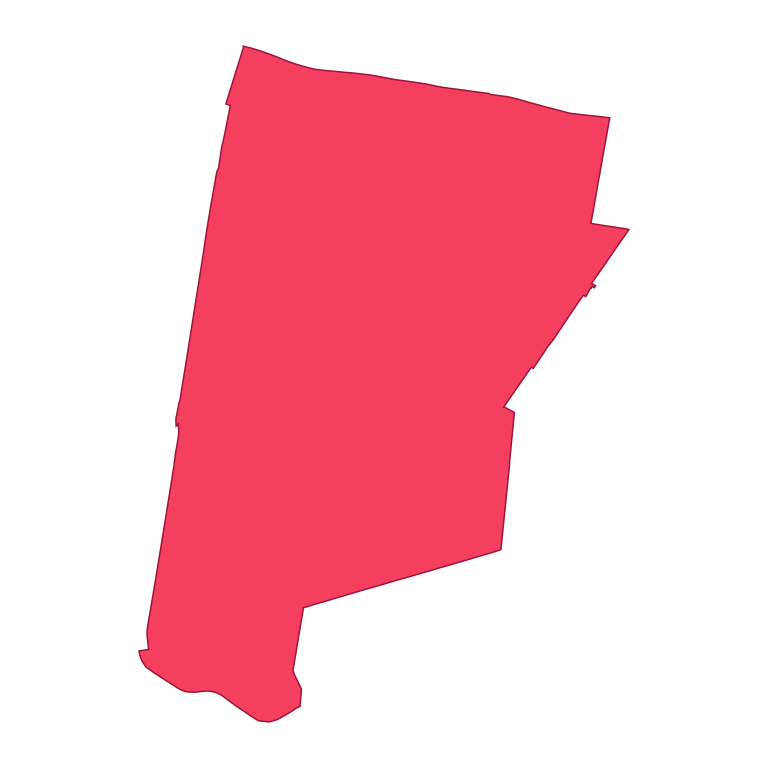 the district of Burwood, New South Wales, Australia
{"feature_id": "25037944B28335850506337", "entity_name": "Burwood", "entity_type": "district", "adm_level": 2, "iso_a3": "AUS", "parent_name": "Australia", "parent_adm1": "New South Wales", "projection": "robinson", "projection_center": [151.103, -33.885], "detail": "fine", "context": "isolated", "style": "filled", "palette": "rose", "viewbox_px": 768, "rotation_deg": 0, "n_neighbors": 0, "source": "geoboundaries", "source_scale": "gbopen_adm2", "svg_char_len": 3378}
<svg xmlns="http://www.w3.org/2000/svg" viewBox="0 0 768 768"><path d="M224.6,134.4L222.8,142.9L222.0,145.4L221.6,148.2L220.6,154.5L218.5,168.3L218.0,169.4L216.8,171.9L215.4,179.5L214.1,187.0L212.5,196.0L210.9,205.2L209.9,210.9L209.9,211.2L208.9,217.0L206.5,231.5L203.5,252.3L202.6,257.7L201.8,263.2L199.3,278.8L198.7,282.8L195.9,300.0L194.4,309.8L191.6,327.5L187.7,351.9L185.5,365.9L183.6,377.4L179.9,400.5L178.9,403.2L176.9,414.0L176.3,416.5L175.9,418.6L175.9,420.8L176.2,426.1L178.2,423.8L178.3,425.8L178.6,429.1L178.8,432.0L178.8,433.1L177.0,445.2L175.6,452.4L175.3,455.2L174.3,462.6L174.1,464.9L172.3,475.9L171.3,482.6L169.1,496.4L165.7,517.4L164.0,527.6L161.3,544.7L158.2,563.5L157.6,567.3L155.4,580.5L155.0,583.0L153.5,591.9L152.1,600.0L151.0,606.9L148.7,619.9L147.5,627.4L147.1,630.4L147.0,634.0L147.3,637.1L148.4,647.6L148.7,649.5L139.1,650.9L139.5,653.8L140.8,658.2L141.8,660.5L143.8,663.8L146.2,667.1L153.5,672.4L157.2,674.8L160.9,677.3L177.8,688.1L181.3,690.0L185.3,691.6L190.6,692.1L195.4,692.2L197.5,691.9L201.1,691.5L204.9,691.2L207.8,691.0L210.6,691.3L213.8,692.0L217.0,692.9L219.6,694.3L221.3,695.1L229.1,700.9L237.6,707.1L247.8,713.9L251.0,716.2L255.8,719.2L259.0,720.9L269.2,721.9L277.5,719.5L285.8,714.8L292.5,710.8L296.2,708.2L300.1,706.4L300.2,703.8L301.5,689.3L297.8,681.6L294.2,674.1L293.0,670.5L293.9,664.9L294.5,661.5L295.7,654.5L299.3,632.4L299.5,631.3L300.6,625.0L303.5,607.7L310.9,605.6L312.1,605.1L320.7,602.6L323.9,601.7L336.8,597.8L340.8,596.7L344.6,595.5L355.2,592.4L364.1,589.7L369.3,588.3L383.5,584.2L386.5,583.3L393.1,581.3L402.6,578.6L402.9,578.6L407.9,577.1L422.4,572.9L431.7,570.2L442.2,567.1L450.0,564.9L459.5,562.1L461.9,561.4L470.9,558.8L472.2,558.3L481.0,555.8L500.9,549.8L503.7,522.2L504.1,518.4L506.5,494.3L509.4,465.8L509.6,463.8L509.5,462.5L512.0,437.1L514.4,412.5L506.7,408.3L504.6,407.2L503.7,407.1L529.8,369.3L531.6,367.3L533.2,368.4L536.2,364.1L545.8,349.6L546.4,348.4L549.3,344.7L553.2,339.8L553.9,338.8L554.6,337.8L559.5,330.4L561.3,327.7L562.5,325.8L562.9,325.2L563.3,324.6L575.9,306.0L576.1,305.6L577.0,304.2L581.6,297.7L582.3,296.7L583.3,295.2L585.8,296.6L590.6,287.9L591.1,288.2L592.3,286.5L594.5,287.7L595.6,285.7L591.5,283.5L593.3,280.9L594.6,279.0L595.8,277.2L596.0,277.0L598.0,274.2L598.6,273.4L598.7,273.1L602.4,267.9L603.5,266.4L608.7,258.7L611.5,254.7L611.8,254.3L615.8,248.4L616.8,247.0L625.3,234.8L628.2,230.6L628.4,230.4L628.9,229.5L624.8,228.7L597.4,224.5L590.9,223.4L594.0,206.5L595.4,198.0L599.6,174.6L606.3,137.0L606.7,135.0L608.6,124.2L609.8,117.8L599.8,116.6L596.9,116.2L584.8,115.0L571.3,113.4L568.4,112.9L553.4,108.9L542.8,106.2L539.5,105.2L527.0,101.8L516.2,98.6L515.5,98.5L514.2,98.2L507.3,96.6L502.9,96.1L490.3,94.5L489.1,93.5L477.4,92.0L466.8,90.6L464.3,90.2L442.8,87.4L437.6,86.4L426.9,84.2L419.7,83.0L407.2,81.2L400.4,80.3L392.4,79.1L375.7,75.9L368.2,74.7L364.3,74.3L361.1,73.9L355.9,73.3L353.0,73.0L342.3,72.1L334.6,71.3L326.5,70.6L319.2,69.8L315.3,69.3L311.4,68.5L307.6,67.5L302.9,66.2L296.8,64.4L293.0,63.2L284.9,60.2L284.1,59.9L276.9,56.9L271.6,54.9L265.8,52.8L260.2,50.9L257.4,50.0L251.1,48.1L248.6,47.5L243.2,46.1L243.2,48.2L242.5,50.3L240.4,57.3L239.6,59.9L238.8,62.4L235.8,71.9L235.1,74.2L234.7,75.6L232.8,81.5L232.2,83.6L229.8,91.2L225.9,104.0L230.3,105.5L228.8,113.2L227.6,119.3L227.1,121.9L226.4,125.2L226.1,126.9L224.6,134.4Z" fill="#f43f5e" stroke="#9f1239" stroke-width="1.5"/></svg>